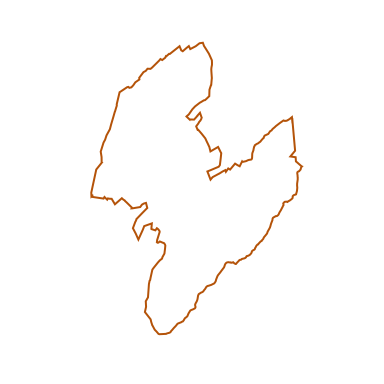 outline of Ēveles pag., Burtnieku, Latvia, rotated 108°
{"feature_id": "27541924B74046079513035", "entity_name": "Ēveles pag.", "entity_type": "district", "adm_level": 2, "iso_a3": "LVA", "parent_name": "Latvia", "parent_adm1": "Burtnieku", "projection": "natural_earth1", "projection_center": [25.59, 57.723], "detail": "fine", "context": "isolated", "style": "outline", "palette": "amber", "viewbox_px": 384, "rotation_deg": 108, "n_neighbors": 0, "source": "geoboundaries", "source_scale": "gbopen_adm2", "svg_char_len": 6000}
<svg xmlns="http://www.w3.org/2000/svg" viewBox="0 0 384 384"><g transform="rotate(108 192 192)"><path d="M335.0,172.9L334.6,172.6L334.0,171.7L333.4,170.9L333.3,170.6L332.7,169.8L332.1,169.3L331.8,169.1L331.5,169.1L330.5,168.8L329.5,168.3L326.8,167.2L325.4,166.5L324.1,165.9L321.9,165.1L321.4,164.7L320.9,164.0L320.7,163.9L319.4,162.2L318.7,161.7L317.9,160.7L317.6,160.6L316.5,160.2L315.3,160.0L314.6,159.8L314.0,159.6L313.5,159.2L312.3,158.4L311.4,158.0L308.6,157.8L305.3,157.0L304.4,156.2L303.6,155.1L301.9,153.4L301.2,153.1L300.8,153.1L300.3,153.1L299.0,153.9L298.3,154.2L297.2,154.2L296.5,154.1L294.6,153.7L293.0,153.6L291.9,153.7L288.7,154.2L287.3,154.1L286.7,153.8L286.3,153.4L285.0,152.4L284.3,151.6L283.9,151.1L282.8,150.5L281.7,150.2L280.5,149.7L279.9,149.5L278.0,149.1L277.0,148.5L276.6,148.2L276.2,147.5L276.0,147.2L274.4,145.0L273.4,144.0L272.8,143.4L272.4,142.9L271.5,142.4L270.5,142.1L269.5,141.9L267.7,142.0L264.2,141.8L263.7,141.7L262.9,141.5L259.8,140.3L257.0,139.4L256.4,139.1L255.8,139.0L254.8,138.6L253.9,138.3L253.0,138.2L251.0,138.2L249.8,138.0L248.8,137.5L248.4,137.2L247.9,136.5L247.4,135.4L247.4,134.9L247.3,134.2L247.0,133.5L247.2,133.2L247.1,132.7L246.8,132.1L246.5,131.5L246.1,131.2L246.8,129.6L246.9,128.8L247.0,128.4L246.9,128.0L244.8,127.1L243.2,126.3L242.2,125.9L241.7,125.4L241.5,124.9L241.3,124.5L240.5,124.0L240.2,123.8L239.0,121.8L238.2,120.9L237.7,120.6L237.3,120.4L236.7,120.4L236.1,120.2L235.9,119.8L235.2,118.8L234.1,117.7L232.2,116.8L231.7,116.7L231.1,116.6L230.0,116.7L229.4,116.5L228.3,115.7L227.8,115.1L227.2,114.7L226.7,114.6L226.1,114.7L224.9,114.4L223.5,114.2L223.1,114.1L221.6,113.4L221.4,112.9L220.3,112.6L218.4,111.7L217.9,111.5L217.6,111.3L217.2,110.7L216.2,110.5L215.2,110.0L214.3,109.7L213.4,109.7L212.3,109.4L211.7,109.1L208.3,107.8L206.3,107.8L203.4,107.2L201.7,106.9L200.1,106.9L198.5,107.0L197.1,107.0L193.9,106.8L192.7,107.1L192.1,107.1L191.6,107.0L191.1,106.7L189.1,104.9L188.9,104.3L188.5,103.7L187.6,103.1L186.7,102.7L184.4,102.5L183.7,102.3L181.6,101.8L179.5,101.5L178.7,101.3L177.4,101.2L176.3,100.9L175.9,101.0L174.9,101.6L174.6,101.7L173.0,101.0L172.7,100.8L172.0,99.3L172.0,98.6L172.0,98.1L171.6,97.9L171.3,97.8L170.0,96.5L168.0,95.1L167.3,94.7L166.8,94.5L166.4,94.5L165.9,94.7L165.3,94.8L164.9,94.9L164.6,94.8L164.1,94.6L163.6,94.2L163.2,93.9L162.3,92.5L162.0,92.3L161.9,92.3L161.7,92.4L161.2,92.4L160.4,92.4L158.5,92.5L157.6,92.7L155.8,93.1L155.1,93.3L153.5,94.0L151.6,94.6L147.6,95.3L145.3,96.0L145.1,96.2L143.9,96.6L141.4,97.8L140.7,97.8L140.4,97.8L139.9,97.4L139.5,97.1L139.2,96.6L137.1,95.7L135.4,95.8L134.2,95.6L133.8,95.4L133.8,95.5L131.3,101.3L130.8,102.6L126.9,104.2L127.8,109.4L120.9,106.7L96.7,117.0L93.1,118.5L93.4,118.6L89.9,120.1L91.4,121.1L92.4,121.6L92.5,121.8L93.1,122.3L93.6,122.7L94.2,123.2L94.2,123.3L94.6,123.6L94.9,124.0L95.2,124.4L95.3,124.7L95.3,124.8L95.7,125.5L95.7,127.1L99.3,129.8L103.4,132.6L104.9,133.4L106.8,134.6L107.6,135.0L108.9,135.4L110.1,136.5L113.2,137.4L115.9,140.3L116.2,140.4L116.6,140.5L118.1,140.6L118.4,140.6L118.7,140.6L119.1,141.0L121.4,142.0L123.1,142.6L123.9,143.3L125.1,144.0L126.6,145.6L127.3,146.0L127.8,146.4L128.1,146.7L128.3,146.7L129.1,146.7L129.8,146.9L130.6,146.8L131.1,146.8L132.8,146.6L133.1,146.5L133.6,146.5L136.2,146.6L136.5,146.6L137.5,146.4L138.1,146.2L141.0,145.4L141.8,145.3L142.6,145.5L142.9,145.8L143.8,147.6L144.3,148.4L146.0,150.2L147.6,152.9L147.6,153.5L147.4,153.8L152.8,154.6L152.4,157.0L151.7,159.8L158.9,162.7L158.4,164.8L162.3,166.0L160.9,167.1L163.1,169.3L165.3,171.1L171.5,177.0L174.5,178.2L167.7,183.7L165.6,181.2L159.7,174.4L157.8,173.8L151.1,175.1L146.0,176.2L145.8,176.4L145.7,176.6L141.1,181.1L147.7,187.0L143.7,189.5L142.5,190.7L142.0,191.1L139.2,193.8L136.9,195.9L133.7,200.7L130.9,205.3L131.2,205.8L128.3,208.3L128.2,208.3L125.0,207.2L123.0,206.8L121.5,206.1L118.7,205.6L118.8,205.4L114.2,208.9L117.9,210.5L118.0,210.4L122.5,212.4L123.7,216.6L123.8,216.6L121.9,220.6L121.7,220.5L119.2,219.0L113.2,217.2L109.6,215.5L104.6,212.1L103.9,211.4L102.5,210.2L101.2,209.1L100.6,208.0L98.9,207.0L95.5,205.2L89.3,207.0L87.4,207.0L85.0,207.0L85.0,206.9L84.3,206.8L78.2,208.2L77.6,208.3L71.4,210.8L69.3,211.6L67.4,212.0L64.9,212.3L62.7,213.0L60.6,213.8L55.3,218.6L54.2,219.9L51.1,223.6L49.4,225.7L46.7,227.8L48.2,230.8L52.2,233.5L56.6,237.8L54.2,240.1L56.8,241.8L61.0,244.3L60.6,246.0L57.2,248.9L67.6,255.8L67.7,256.5L71.1,258.5L71.0,258.8L72.6,259.0L75.7,261.1L75.3,263.1L77.1,263.8L83.1,266.9L86.0,268.4L87.7,269.5L88.5,272.4L91.1,273.4L93.0,275.2L99.7,277.5L101.2,276.8L105.2,279.8L108.6,280.8L111.2,282.0L112.3,283.8L111.7,285.0L112.4,286.1L119.5,291.7L131.8,290.7L132.4,290.5L132.5,290.4L133.2,290.2L135.5,290.2L139.3,290.1L139.5,290.2L144.9,290.0L152.6,289.8L157.7,289.5L164.6,290.8L169.1,290.8L172.3,291.4L181.5,291.3L181.8,291.3L186.7,288.8L192.0,287.0L192.0,286.9L200.2,290.0L223.7,287.6L227.5,286.2L226.4,285.5L227.4,284.9L225.6,274.1L223.8,273.7L225.5,270.3L224.1,270.0L223.9,268.4L223.3,266.3L224.6,264.8L227.5,261.5L219.6,256.8L220.4,255.1L220.9,253.2L221.2,253.0L222.1,251.0L225.6,244.0L226.2,244.2L226.1,243.9L222.3,236.6L219.5,235.7L217.9,234.3L216.6,232.4L221.0,229.6L227.6,232.9L235.0,236.5L235.6,236.4L237.0,236.5L237.9,236.7L244.7,237.0L249.0,232.6L253.8,228.3L243.0,227.1L239.2,226.9L234.3,220.5L239.4,219.3L239.8,219.1L239.8,215.0L237.3,214.2L237.9,212.6L238.5,211.7L239.1,210.9L239.5,210.6L239.8,210.5L240.2,210.4L240.6,210.4L248.5,210.3L249.9,210.0L250.5,209.9L250.5,209.7L250.9,209.2L250.8,208.8L250.7,208.6L250.4,208.2L250.0,208.0L249.0,207.3L249.3,203.6L249.2,203.2L249.5,202.4L250.5,201.3L251.2,200.8L254.4,200.1L259.1,199.2L263.2,200.0L264.6,199.9L267.0,201.5L269.5,202.6L275.6,204.9L277.7,205.6L278.2,205.7L286.4,204.9L288.7,204.6L289.0,204.7L289.5,204.9L292.1,204.6L292.9,204.5L305.8,201.3L310.2,202.2L315.4,200.2L320.7,199.7L325.9,192.0L328.4,190.5L330.7,188.8L330.8,188.8L331.5,188.0L334.5,184.9L334.7,184.5L335.7,182.6L337.3,180.0L337.3,179.0L335.0,173.0L335.0,172.9Z" fill="none" stroke="#b45309" stroke-width="2"/></g></svg>